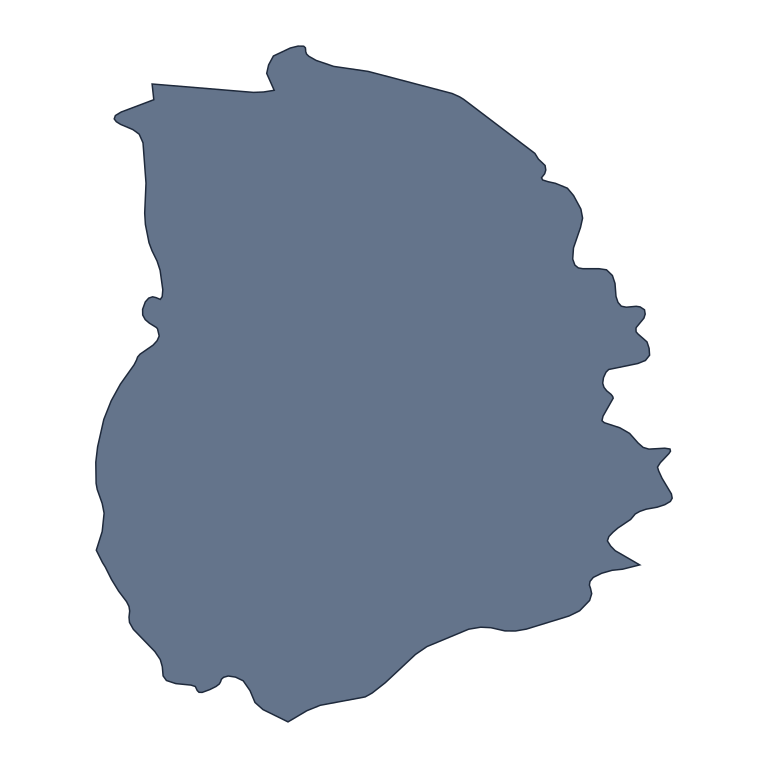 the County of Orebro
{"feature_id": "SWE-183", "entity_name": "Orebro", "entity_type": "County", "adm_level": 1, "iso_a3": "SWE", "parent_name": "Sweden", "parent_adm1": "", "projection": "equal_earth", "projection_center": [15.084, 59.383], "detail": "fine", "context": "isolated", "style": "filled", "palette": "slate", "viewbox_px": 768, "rotation_deg": 0, "n_neighbors": 0, "source": "natural_earth", "source_scale": "10m", "svg_char_len": 2625}
<svg xmlns="http://www.w3.org/2000/svg" viewBox="0 0 768 768"><path d="M160.3,299.4L162.2,296.6L162.8,289.8L160.1,270.3L157.1,261.1L152.0,250.7L149.0,242.7L145.4,224.5L144.7,213.1L146.0,183.2L143.0,142.8L139.2,134.2L132.9,129.6L120.6,124.4L116.3,121.7L114.2,118.9L115.4,115.5L121.2,112.0L153.8,99.7L152.1,84.0L253.5,92.4L263.5,92.0L274.2,90.3L266.7,73.4L268.6,64.9L273.4,56.0L290.3,48.0L298.0,46.1L303.7,46.2L305.4,47.8L305.6,49.5L305.7,51.6L306.6,54.1L308.9,56.3L316.1,60.4L333.7,66.4L368.1,71.4L452.2,93.5L459.7,96.9L463.6,99.3L534.9,153.4L538.4,159.1L545.1,165.5L545.8,170.0L544.7,173.7L541.5,177.8L542.7,180.0L548.1,181.7L555.4,183.3L567.4,188.2L573.6,195.6L580.9,209.1L582.6,218.1L580.5,227.5L573.5,247.9L572.7,259.1L574.9,265.1L578.3,267.9L582.9,268.7L599.0,268.7L606.5,269.8L612.4,275.5L615.0,283.4L616.0,296.4L618.0,302.4L621.3,306.2L626.3,307.2L636.2,306.3L640.1,306.9L644.5,309.8L645.2,314.1L643.9,318.2L636.3,327.4L636.0,328.3L636.0,329.2L636.1,331.8L638.0,334.0L647.0,341.9L649.1,348.3L649.6,355.2L645.5,360.4L637.9,363.5L608.7,369.5L606.0,372.2L603.5,377.6L602.7,383.2L604.0,387.4L606.8,390.9L611.1,394.4L612.7,396.5L613.2,398.2L603.0,416.2L602.0,420.7L604.3,422.7L619.9,427.8L629.6,433.4L638.1,443.0L643.1,447.4L648.9,449.1L664.8,448.2L670.0,449.0L670.5,451.2L668.9,453.6L660.3,462.7L657.5,467.1L658.7,471.0L662.0,478.2L671.4,493.9L672.2,498.2L670.4,501.4L664.8,504.7L657.2,507.2L646.1,509.2L639.8,511.4L635.2,514.0L630.7,519.4L617.9,528.0L612.9,532.3L608.9,536.5L607.4,540.9L610.7,546.1L615.2,550.7L639.7,564.9L622.6,569.2L612.1,570.3L601.6,573.3L593.3,577.4L590.0,581.4L589.4,585.1L590.5,588.3L591.7,593.7L589.6,600.5L579.6,610.8L569.0,616.0L526.4,629.1L515.5,631.0L504.9,630.9L490.9,627.7L480.7,627.2L468.7,629.2L426.9,646.6L415.4,654.5L385.3,682.7L372.2,693.0L365.2,696.9L320.2,705.3L306.9,710.7L288.0,721.9L263.0,709.6L255.0,702.5L250.0,690.6L243.2,680.8L235.5,677.1L228.2,676.0L223.6,677.3L221.4,679.3L220.6,681.7L219.3,684.0L216.0,686.5L209.8,689.6L202.2,692.4L199.0,692.3L197.2,690.5L195.3,686.5L191.0,685.1L175.8,683.6L166.4,680.5L163.1,675.9L162.3,666.7L160.3,659.6L154.9,651.6L133.4,629.4L129.5,622.5L129.0,617.2L129.7,611.0L129.0,606.5L126.6,601.7L118.6,591.1L111.5,579.5L105.3,567.1L102.5,562.6L96.3,550.2L102.2,531.5L104.1,513.2L102.2,503.5L97.2,489.4L96.1,483.3L95.8,462.2L97.6,446.8L103.8,419.4L111.2,400.8L120.4,384.1L134.1,364.8L136.5,360.1L137.6,357.0L140.1,354.1L153.1,345.1L157.1,340.7L159.2,336.0L157.5,328.8L156.4,327.5L149.4,323.2L145.2,319.6L142.7,315.0L142.6,309.3L145.3,301.9L148.7,298.1L152.6,296.8L156.0,297.6L160.3,299.4Z" fill="#64748b" stroke="#1e293b" stroke-width="1.5"/></svg>